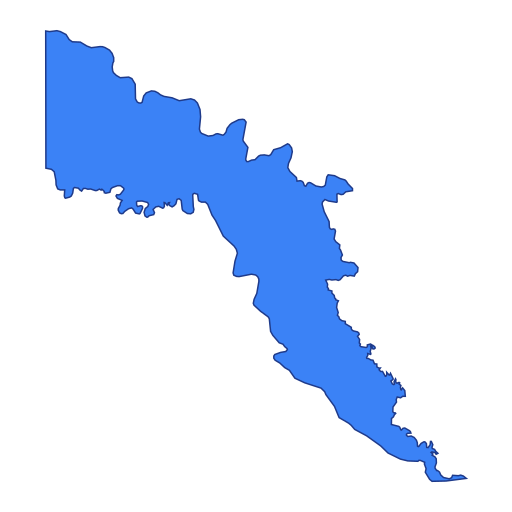 the district of Maraã, Amazonas, Brazil
{"feature_id": "56859067B97723118399656", "entity_name": "Maraã", "entity_type": "district", "adm_level": 2, "iso_a3": "BRA", "parent_name": "Brazil", "parent_adm1": "Amazonas", "projection": "orthographic", "projection_center": [-64.765, -2.613], "detail": "fine", "context": "isolated", "style": "filled", "palette": "blue", "viewbox_px": 512, "rotation_deg": 0, "n_neighbors": 0, "source": "geoboundaries", "source_scale": "gbopen_adm2", "svg_char_len": 6060}
<svg xmlns="http://www.w3.org/2000/svg" viewBox="0 0 512 512"><path d="M294.9,378.2L304.7,382.8L321.0,388.1L324.7,391.7L325.9,394.6L334.5,406.4L339.1,417.6L348.7,423.2L351.2,425.3L354.7,429.4L366.6,435.8L380.7,445.9L388.0,453.0L400.4,459.1L407.8,460.9L417.9,461.3L419.0,460.3L420.6,460.5L424.7,462.3L424.4,464.0L426.1,468.7L425.3,472.2L429.6,479.3L432.0,481.3L446.1,481.0L466.3,478.4L463.3,476.0L460.7,475.1L458.4,475.7L452.6,475.3L451.6,477.7L449.2,478.8L443.5,477.5L440.7,474.9L439.5,472.1L437.5,470.5L436.7,470.6L435.1,468.2L435.0,466.8L436.4,462.9L436.2,458.7L434.9,456.8L432.1,455.2L432.9,454.0L431.1,452.4L431.9,451.9L434.9,452.5L436.1,454.3L437.9,453.3L435.7,451.3L434.6,449.4L432.3,448.5L432.0,447.3L432.8,444.7L431.3,441.4L430.5,441.4L430.1,444.8L428.1,447.6L426.7,447.4L426.4,443.5L424.8,441.8L423.7,441.9L421.1,443.4L418.8,446.4L418.2,446.6L417.5,446.2L417.3,442.7L416.4,440.2L414.2,437.5L411.2,436.0L407.8,436.5L406.5,435.3L406.5,434.1L407.6,433.3L410.9,433.1L410.4,431.6L409.5,430.7L404.8,428.0L403.0,428.3L401.5,430.0L400.8,429.8L399.8,427.3L398.8,426.4L391.4,424.5L391.5,418.5L393.4,416.9L394.4,414.7L395.7,413.4L395.3,412.9L393.6,412.7L392.8,411.6L393.0,407.0L396.5,402.1L396.2,399.7L397.2,397.0L400.6,397.8L402.7,396.3L405.3,396.3L404.8,390.6L402.6,387.9L401.2,389.9L400.8,389.6L400.4,387.3L400.9,385.4L399.2,384.2L399.7,382.8L399.0,382.4L397.0,383.2L396.3,382.9L395.7,381.7L395.9,379.6L395.5,378.8L394.0,381.9L394.5,384.0L393.8,384.6L392.3,383.9L390.9,381.0L393.0,379.5L393.1,378.7L390.5,373.3L389.8,374.9L389.2,375.1L386.7,372.3L386.8,374.7L385.9,376.2L385.3,376.3L382.5,371.4L380.7,371.5L379.1,369.8L380.3,368.0L378.9,368.1L376.9,366.9L376.8,364.0L374.5,363.8L373.0,360.2L370.7,359.9L368.4,358.5L366.8,358.4L366.6,357.4L367.8,355.3L367.7,353.5L370.6,354.4L370.9,353.9L370.2,351.3L371.1,348.4L372.0,347.3L373.0,349.0L374.2,348.9L375.2,348.0L374.7,346.7L373.1,345.5L370.9,347.1L370.5,345.9L371.8,344.8L370.5,344.0L367.3,344.9L367.4,346.7L366.2,347.5L361.0,346.7L359.8,345.6L360.4,344.1L359.3,343.0L359.6,339.5L357.5,336.3L359.2,334.4L358.8,333.0L357.5,331.9L353.4,330.9L352.1,330.1L351.3,328.8L351.3,327.3L345.3,323.7L345.3,321.4L341.9,320.7L339.5,318.9L338.8,316.7L337.4,315.3L338.2,312.5L336.6,307.5L337.2,303.1L338.4,300.8L335.8,299.8L335.7,298.9L334.7,298.0L334.2,295.4L331.9,293.1L331.9,291.0L328.2,289.9L328.4,288.5L327.3,287.2L327.6,284.2L325.7,280.1L329.3,279.4L331.8,280.0L336.0,279.6L338.3,280.4L340.1,279.7L343.5,275.8L345.8,275.2L347.6,276.2L350.0,275.4L354.3,276.1L355.4,273.7L357.6,271.7L358.0,267.6L354.0,263.0L350.5,262.3L349.2,262.7L342.8,261.4L341.2,260.1L341.0,257.5L342.4,255.0L340.5,250.0L339.4,248.5L339.8,244.9L335.8,241.7L334.1,239.0L335.5,231.1L334.8,229.3L333.2,228.9L331.7,229.4L330.2,228.8L329.4,227.3L329.1,221.6L324.2,211.7L322.1,204.1L322.5,202.0L324.9,199.5L328.5,201.0L336.5,202.3L337.1,201.9L336.9,194.2L338.2,193.5L341.1,194.6L343.1,194.3L345.8,191.8L352.5,190.7L352.5,188.5L348.1,184.0L346.2,181.1L344.9,179.9L340.0,178.5L334.6,175.7L328.2,174.8L326.8,176.9L325.3,185.1L323.7,186.5L321.3,187.0L315.9,186.0L310.6,182.8L309.1,182.5L307.6,183.2L305.8,186.2L304.4,185.7L303.2,182.4L301.9,181.2L300.4,180.7L297.0,181.1L296.4,177.5L289.9,171.5L287.8,167.6L288.5,163.4L291.0,157.8L292.3,151.7L291.6,147.9L289.2,144.6L287.6,143.8L280.6,147.7L273.7,149.7L270.7,154.7L268.9,155.7L264.3,154.9L260.4,155.2L258.7,156.0L255.0,159.7L251.6,160.1L248.3,161.6L246.8,161.6L245.8,160.1L245.8,158.6L247.9,147.4L243.2,141.0L242.9,139.5L246.1,122.1L244.3,119.7L242.7,119.3L238.7,119.7L231.7,123.2L230.0,124.6L227.1,128.3L226.0,132.1L224.2,134.4L222.9,135.2L217.8,133.7L216.0,133.9L213.0,135.5L208.2,136.1L201.6,133.4L200.4,132.1L199.4,129.1L200.6,116.8L200.0,109.5L197.4,103.0L194.5,100.0L190.8,98.8L179.2,100.7L172.1,97.8L164.0,96.4L160.4,94.8L157.9,92.8L154.9,91.3L151.4,90.9L146.2,92.9L143.7,96.0L142.1,102.3L140.7,103.1L138.9,102.9L137.3,102.1L135.5,98.9L135.2,84.2L131.9,78.6L128.7,77.1L120.2,77.7L116.3,75.4L113.5,72.7L112.7,71.0L112.2,66.9L112.9,62.9L113.7,61.4L113.7,57.7L112.1,53.4L109.5,50.1L104.9,47.5L102.5,46.7L100.0,46.6L91.3,47.7L86.8,46.0L80.3,42.1L72.3,41.8L69.2,39.6L66.0,34.5L60.4,31.6L56.9,30.7L49.5,31.6L45.7,31.0L45.9,168.2L51.4,169.3L54.2,171.7L55.9,180.3L56.1,184.9L57.7,188.9L60.2,189.9L64.7,189.9L64.3,195.9L64.8,197.7L65.5,198.2L69.7,197.1L71.3,196.0L72.7,193.1L73.4,188.4L74.5,187.5L78.4,188.2L79.9,190.0L81.6,191.1L83.4,188.5L85.4,188.4L87.8,189.2L90.6,189.0L95.4,190.6L96.8,190.5L99.4,189.1L101.1,190.1L101.5,189.3L102.2,189.4L104.3,191.5L104.3,192.7L105.8,193.2L109.9,192.3L110.9,188.8L112.5,187.5L117.5,185.7L120.5,185.7L123.6,188.1L124.0,189.1L123.5,190.2L120.3,194.3L118.5,194.9L116.8,194.7L116.0,196.0L117.4,198.4L122.1,200.4L120.4,203.0L120.1,205.2L118.3,208.5L118.2,210.1L119.6,212.9L121.3,213.7L122.9,213.5L124.7,211.4L128.6,208.7L131.6,207.9L133.1,209.1L135.6,213.1L139.3,213.9L140.0,213.5L142.5,208.5L142.6,206.8L142.0,206.0L140.8,205.7L137.6,206.5L136.7,205.2L136.5,202.0L137.3,201.2L142.1,201.0L147.6,202.5L148.6,204.3L147.8,206.5L145.3,208.5L144.1,212.3L145.0,215.9L146.8,217.2L147.7,217.1L149.2,215.7L153.7,214.6L154.5,212.7L153.1,209.4L155.8,206.9L158.7,206.3L162.7,208.2L163.6,207.8L164.4,206.3L164.1,202.5L164.8,202.6L167.2,205.3L168.4,202.7L169.5,202.6L168.7,204.2L169.3,205.3L172.1,206.9L174.1,205.7L175.9,203.8L177.0,199.4L179.1,198.7L181.2,200.4L182.2,209.1L182.9,210.6L187.3,213.5L190.7,213.8L193.2,212.3L193.9,209.4L193.3,206.6L192.7,194.8L193.3,193.8L194.4,193.3L197.6,194.3L198.5,200.3L199.0,200.9L201.4,202.1L205.4,202.1L207.7,204.3L212.0,215.1L215.5,220.4L223.3,236.1L234.1,246.1L236.3,249.3L237.4,253.2L235.0,261.1L233.1,272.9L233.8,275.2L236.5,276.4L239.1,276.6L251.4,274.2L255.7,275.0L257.7,276.7L258.8,279.0L258.9,281.2L256.8,293.4L254.1,299.3L253.3,303.3L254.0,305.2L260.6,311.3L268.1,316.8L269.3,318.7L270.6,331.4L272.8,335.3L279.2,342.8L283.0,344.2L284.7,346.6L287.1,348.6L287.4,349.5L285.8,351.5L280.6,352.4L274.8,354.5L273.8,356.0L273.8,358.2L275.2,360.3L279.8,363.0L284.7,367.6L289.4,370.3L294.9,378.2Z" fill="#3b82f6" stroke="#1e3a8a" stroke-width="1.5"/></svg>